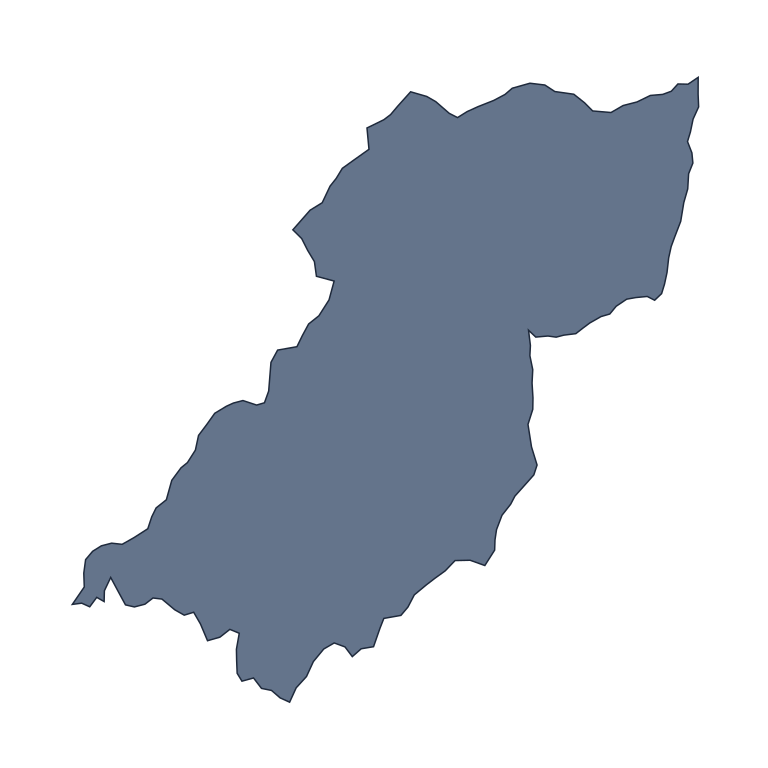 outline of Meridiano, São Paulo, Brazil, rotated 3°
{"feature_id": "56859067B90644311999946", "entity_name": "Meridiano", "entity_type": "district", "adm_level": 2, "iso_a3": "BRA", "parent_name": "Brazil", "parent_adm1": "São Paulo", "projection": "equal_earth", "projection_center": [-50.192, -20.403], "detail": "fine", "context": "isolated", "style": "filled", "palette": "slate", "viewbox_px": 768, "rotation_deg": 3, "n_neighbors": 0, "source": "geoboundaries", "source_scale": "gbopen_adm2", "svg_char_len": 2253}
<svg xmlns="http://www.w3.org/2000/svg" viewBox="0 0 768 768"><g transform="rotate(3 384 384)"><path d="M84.3,620.4L93.6,618.7L101.8,621.9L108.3,612.1L115.9,615.9L115.6,605.1L121.2,591.5L129.3,604.9L137.4,618.1L146.4,619.7L156.8,616.4L164.5,609.8L173.5,610.4L180.3,615.5L186.8,620.4L196.6,625.3L205.9,621.9L213.3,633.3L221.2,649.6L233.4,645.4L242.9,637.1L252.5,640.5L250.5,656.6L251.3,667.7L252.5,680.6L257.7,688.2L269.1,684.4L277.6,694.4L287.7,695.9L296.7,702.9L306.4,706.7L312.2,692.0L321.9,680.2L328.0,664.9L337.7,651.8L347.8,645.2L358.8,648.6L366.6,657.9L375.1,649.6L387.3,646.9L392.8,628.0L396.1,618.1L413.0,614.2L419.6,605.5L425.3,593.0L437.0,582.2L445.2,575.2L454.9,567.4L464.2,556.6L479.2,555.5L494.2,560.0L503.2,544.1L503.0,533.9L504.0,523.5L508.7,508.9L516.8,497.4L520.6,489.1L531.0,476.2L538.4,466.9L541.1,456.9L534.6,439.1L529.9,416.8L533.9,401.5L533.5,390.1L531.8,375.3L531.8,361.9L528.2,348.1L528.2,337.9L525.5,322.7L533.1,329.2L545.2,327.5L553.5,328.2L561.0,325.8L572.9,323.7L579.7,317.8L586.3,312.3L597.2,305.3L605.8,302.3L611.8,294.2L621.9,286.6L630.9,284.5L642.3,282.8L649.9,286.2L656.5,279.2L658.9,269.6L660.8,257.8L661.7,243.1L663.6,231.7L666.5,222.3L671.8,206.0L673.9,187.1L677.1,173.3L677.2,158.1L680.9,147.2L679.4,137.1L674.4,126.0L676.8,116.3L678.8,103.3L683.7,90.8L682.5,78.1L681.7,61.3L671.9,68.7L661.8,69.0L655.6,76.6L647.2,80.2L634.9,81.9L621.9,89.1L608.2,93.4L596.5,101.0L578.1,100.4L569.6,92.7L558.4,84.7L550.7,84.0L539.3,83.0L529.0,77.0L514.0,76.0L496.6,81.9L489.7,88.5L478.7,95.1L463.4,102.1L452.8,107.6L443.5,114.1L435.0,110.3L420.9,99.3L411.6,94.6L395.3,90.8L383.1,105.9L376.5,114.6L370.0,120.1L353.6,129.2L356.7,150.4L342.2,161.9L331.1,170.8L325.5,181.2L319.8,189.2L312.8,206.2L301.1,214.3L284.9,234.8L294.2,243.1L300.8,254.6L308.1,265.4L310.9,280.0L328.8,283.8L324.7,302.9L315.4,319.3L305.6,328.0L299.9,340.0L295.1,351.3L276.0,355.7L270.0,368.3L269.2,397.1L265.6,409.0L257.9,411.7L244.0,407.9L234.6,410.9L227.7,414.5L216.5,422.1L209.2,433.6L201.5,445.0L199.1,459.9L191.8,472.8L185.7,478.3L177.1,491.3L172.7,511.0L162.9,519.7L159.0,528.8L155.7,540.9L142.2,550.6L130.9,557.8L120.3,557.2L110.2,560.4L101.8,566.3L95.2,575.0L94.1,588.6L95.3,602.4L84.3,620.4Z" fill="#64748b" stroke="#1e293b" stroke-width="1.5"/></g></svg>